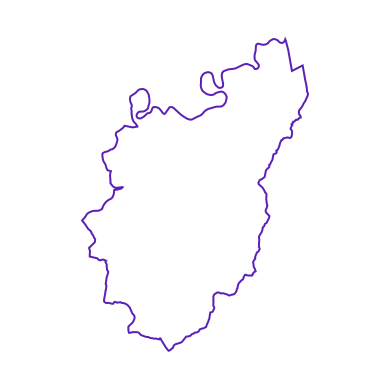 Brateiu, Sibiu, Romania, rotated 5°
{"feature_id": "2599482B71061319196345", "entity_name": "Brateiu", "entity_type": "district", "adm_level": 2, "iso_a3": "ROU", "parent_name": "Romania", "parent_adm1": "Sibiu", "projection": "albers", "projection_center": [24.424, 46.155], "detail": "fine", "context": "isolated", "style": "outline", "palette": "violet", "viewbox_px": 384, "rotation_deg": 5, "n_neighbors": 0, "source": "geoboundaries", "source_scale": "gbopen_adm2", "svg_char_len": 6034}
<svg xmlns="http://www.w3.org/2000/svg" viewBox="0 0 384 384"><g transform="rotate(5 192 192)"><path d="M215.4,326.8L217.9,325.1L218.1,323.6L219.6,319.3L219.8,317.8L220.2,317.3L220.7,310.5L222.7,309.7L223.2,309.1L224.3,305.7L224.2,305.1L223.8,304.5L223.0,302.8L223.0,299.2L222.7,298.6L222.7,296.1L222.3,294.2L223.2,292.0L225.9,289.9L227.0,289.7L230.1,290.6L231.5,290.1L232.2,290.2L236.1,291.1L237.6,291.8L238.2,291.9L240.5,290.8L242.4,290.4L243.6,289.3L244.8,287.2L245.2,284.7L245.8,283.6L245.7,282.3L246.4,279.1L248.7,276.0L250.3,274.6L250.7,273.9L250.8,272.3L252.0,269.9L252.3,269.7L254.9,270.3L259.1,270.0L259.3,269.8L259.5,268.8L259.9,268.4L260.0,267.5L260.9,266.4L261.5,265.9L262.3,265.5L261.5,263.5L259.9,260.7L259.7,259.2L259.0,256.6L259.6,254.7L260.9,253.0L260.8,252.5L260.5,252.1L260.9,249.8L262.0,246.5L263.3,245.5L264.3,243.3L264.4,242.7L264.0,241.8L263.5,241.1L263.2,237.1L263.2,233.9L262.7,231.3L262.7,230.2L264.9,225.8L265.4,223.8L265.6,221.2L266.9,219.7L267.3,217.6L269.2,216.0L270.0,213.5L270.6,212.4L271.3,209.6L271.1,209.0L268.1,206.4L267.3,205.5L267.1,204.7L267.0,203.8L267.2,202.8L267.8,201.5L268.2,198.7L267.5,197.1L266.6,192.6L266.4,187.6L265.9,186.9L265.0,186.2L263.9,184.2L261.8,181.4L257.8,178.4L257.5,177.6L257.4,176.9L258.3,174.4L258.8,173.9L260.2,173.3L262.9,170.9L263.3,168.8L263.7,164.2L265.1,162.1L266.1,161.3L266.8,160.2L266.9,159.2L266.5,158.6L266.5,158.2L267.6,157.3L268.1,155.3L269.0,153.7L269.5,152.0L269.4,150.8L269.7,149.7L269.7,148.5L270.0,147.3L272.4,146.1L272.8,145.4L272.9,144.8L272.3,143.6L272.5,143.3L273.0,143.2L274.3,141.2L274.4,140.3L275.0,138.5L275.5,135.4L276.5,132.6L277.6,132.2L278.1,130.8L279.9,130.1L282.6,129.3L284.7,129.7L286.1,128.8L286.5,126.7L286.5,123.5L286.4,122.7L285.5,121.3L284.8,120.8L284.7,120.2L285.7,117.1L285.4,116.2L285.8,116.2L285.6,115.8L285.9,115.7L285.9,115.3L286.3,114.8L286.2,114.4L286.6,114.1L286.6,113.2L287.8,112.9L289.3,111.0L290.1,111.1L290.3,110.7L291.4,110.4L292.5,108.8L293.0,108.6L293.3,108.3L293.8,108.3L293.5,106.8L292.6,106.1L291.8,104.8L291.6,103.8L291.5,101.9L291.8,101.0L293.2,99.1L294.1,97.5L295.8,93.5L296.8,91.8L298.7,86.3L299.0,84.3L299.0,83.8L297.8,81.8L297.3,78.3L296.7,76.4L296.7,75.8L295.2,71.2L291.2,56.3L281.0,62.7L275.6,42.5L272.3,33.1L271.6,31.8L271.4,32.8L270.4,34.7L269.2,35.6L267.1,35.6L266.4,35.3L263.5,33.1L260.7,32.4L259.5,32.6L256.9,34.3L256.0,35.2L254.6,37.3L252.4,38.6L250.8,39.1L249.7,39.2L245.5,38.5L244.8,38.5L243.6,39.2L243.2,39.9L243.0,41.0L243.1,45.7L242.4,50.2L242.6,52.5L243.0,54.6L243.4,55.3L246.9,58.8L247.6,59.9L247.6,61.2L247.1,62.5L246.8,63.0L245.2,63.9L243.9,64.0L241.9,61.7L241.1,61.3L237.5,60.1L235.0,59.6L232.1,60.6L224.9,64.9L222.5,65.7L217.5,66.7L213.1,68.8L211.8,70.4L211.4,73.1L211.9,75.8L213.4,80.8L213.6,82.2L213.7,83.6L213.5,84.3L212.4,85.3L211.4,85.8L209.4,85.8L206.7,83.9L205.5,82.5L204.3,80.2L202.5,74.3L201.4,72.4L201.0,72.1L199.0,71.3L197.3,71.2L194.4,72.4L193.2,73.3L192.4,74.4L191.7,75.8L191.1,77.7L191.1,79.4L191.4,81.4L191.4,84.7L191.8,87.0L193.0,89.3L194.0,90.6L195.1,91.4L198.6,93.3L202.1,93.8L204.4,93.3L205.7,92.7L206.8,91.5L210.1,90.0L212.7,89.4L214.0,89.6L215.7,90.6L216.8,91.7L218.2,94.0L218.3,95.4L217.8,98.9L217.5,100.2L215.8,102.8L213.7,104.3L208.6,104.9L201.3,107.7L199.5,108.7L197.4,110.6L195.3,113.6L193.8,114.9L189.3,117.4L186.2,119.5L184.7,120.0L183.2,120.0L180.7,119.4L177.0,117.6L173.5,115.4L166.6,110.1L165.1,109.3L163.5,109.2L162.1,109.7L158.6,115.9L157.8,116.7L156.2,116.1L154.1,113.6L151.7,111.4L148.9,110.5L146.5,110.7L145.9,111.0L145.6,111.6L145.1,112.4L144.3,115.4L143.5,116.5L142.4,117.1L140.8,117.4L137.6,121.0L135.0,122.9L133.8,123.3L132.1,123.2L131.0,122.6L130.2,121.2L130.1,120.4L130.3,119.3L131.1,117.8L131.9,117.0L133.4,116.4L136.0,116.2L137.6,115.6L139.3,114.3L140.8,112.6L141.4,108.6L141.9,106.6L141.5,103.3L140.4,98.9L138.4,95.7L137.1,94.5L134.6,93.7L132.9,93.8L130.7,94.4L129.1,95.7L127.1,98.3L122.4,102.0L122.1,103.7L122.1,105.2L122.9,107.9L124.5,110.9L124.6,112.3L124.1,113.3L124.2,114.0L124.8,116.9L124.9,118.6L126.0,123.7L127.6,126.9L130.0,129.0L131.8,131.0L131.9,131.6L127.3,132.8L119.0,131.9L118.3,133.3L117.3,134.5L114.2,137.3L111.4,139.2L111.1,140.0L111.1,142.0L112.8,144.9L113.1,146.4L113.1,147.5L112.4,151.1L111.4,153.9L109.2,156.2L106.7,157.1L105.7,158.1L104.6,158.8L101.9,159.7L99.8,161.0L99.5,161.4L99.5,163.3L100.1,166.3L101.0,168.9L103.4,172.1L104.3,174.7L105.5,177.1L106.0,177.7L109.4,178.3L109.0,180.0L108.9,181.8L109.0,183.2L110.0,189.1L109.8,189.8L110.1,190.5L112.6,193.2L114.6,194.3L116.7,194.4L122.1,193.2L122.5,193.2L122.5,193.4L121.3,194.7L117.0,196.2L115.4,196.4L114.3,196.9L114.4,199.1L114.0,202.1L112.9,204.8L111.8,205.8L109.5,207.2L107.1,209.5L105.6,211.9L104.5,214.2L104.0,216.6L101.7,218.2L100.0,218.9L95.3,219.4L92.6,220.6L90.5,221.9L89.3,223.1L87.7,226.3L85.0,229.9L88.6,233.8L91.7,237.7L94.7,239.9L95.7,242.0L97.4,244.0L98.2,245.6L99.6,247.5L99.7,248.5L99.6,250.2L99.3,250.8L94.3,256.7L95.5,259.7L95.7,265.2L103.4,266.3L105.2,267.9L106.8,268.0L109.0,267.1L110.0,267.1L112.4,268.1L111.9,268.7L111.9,269.3L113.4,271.7L113.5,272.4L113.4,273.4L114.1,276.1L114.1,276.8L115.3,278.4L115.5,279.0L115.4,280.1L114.4,284.9L114.1,290.3L114.1,291.4L114.6,292.1L114.9,293.0L114.8,296.3L114.4,298.4L114.4,300.7L113.8,306.6L113.9,308.6L114.7,309.4L116.3,310.1L118.5,309.7L122.3,310.3L123.3,310.1L124.0,308.6L125.1,308.1L127.0,308.8L130.2,308.0L131.5,308.6L133.2,308.6L135.5,309.1L137.6,310.2L140.0,312.4L143.2,318.3L145.2,320.0L145.8,322.3L145.7,323.3L144.8,326.1L143.9,327.6L140.4,331.5L140.4,331.8L140.6,334.9L141.4,337.7L142.5,337.7L145.5,336.7L149.7,336.4L151.2,336.8L152.1,337.5L153.5,338.9L158.6,340.3L161.1,340.3L162.9,341.0L167.5,341.4L168.8,341.1L172.1,341.7L172.4,341.5L172.8,340.6L173.2,340.6L173.6,340.8L174.5,342.4L179.6,349.2L182.1,351.9L182.7,352.2L183.9,351.5L186.7,348.7L187.0,347.2L187.7,345.9L189.0,345.0L193.3,343.3L195.0,342.3L198.7,336.7L202.6,335.6L204.4,333.5L205.8,333.0L206.9,331.9L209.6,331.3L210.6,330.4L211.3,329.5L211.5,328.3L213.7,327.2L215.4,326.8Z" fill="none" stroke="#5b21b6" stroke-width="2"/></g></svg>